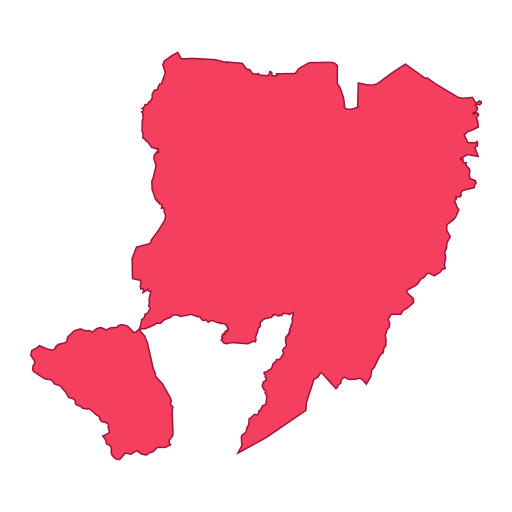 Lahat, Sumatera Selatan, Indonesia
{"feature_id": "22746128B84107388414918", "entity_name": "Lahat", "entity_type": "district", "adm_level": 2, "iso_a3": "IDN", "parent_name": "Indonesia", "parent_adm1": "Sumatera Selatan", "projection": "albers", "projection_center": [103.338, -3.877], "detail": "fine", "context": "isolated", "style": "filled", "palette": "rose", "viewbox_px": 512, "rotation_deg": 0, "n_neighbors": 0, "source": "geoboundaries", "source_scale": "gbopen_adm2", "svg_char_len": 6040}
<svg xmlns="http://www.w3.org/2000/svg" viewBox="0 0 512 512"><path d="M139.4,328.9L145.2,328.7L153.3,325.4L156.9,323.2L160.6,323.3L164.2,319.8L170.6,317.4L172.5,315.2L175.7,314.9L178.9,315.5L180.2,316.5L191.3,314.3L196.6,316.5L200.0,316.9L202.0,319.9L203.8,320.7L205.2,319.9L206.3,320.2L208.3,322.3L209.5,321.2L212.3,320.5L218.0,322.8L220.1,322.6L220.3,323.6L221.1,323.2L226.0,324.3L225.9,325.2L227.7,326.3L227.1,327.0L228.4,329.1L226.9,330.3L227.4,331.1L225.6,331.0L225.7,331.8L224.4,332.5L225.3,334.0L222.8,334.1L223.1,335.0L222.5,335.0L221.7,337.1L221.9,337.6L223.0,336.9L222.4,337.3L222.8,338.1L221.1,340.0L224.1,343.2L227.1,343.8L229.4,342.9L234.0,342.7L248.0,343.8L253.4,341.2L255.4,341.8L255.9,340.5L255.6,336.9L257.9,330.9L258.0,328.7L260.1,326.7L260.4,322.4L263.0,319.9L265.0,318.7L271.8,317.2L273.0,314.8L274.0,315.3L275.2,314.2L277.5,315.8L279.0,316.0L279.7,315.2L281.5,315.7L283.3,313.2L288.6,314.0L289.3,314.7L291.3,313.1L292.1,313.4L293.6,312.7L292.1,318.9L292.5,322.5L291.1,324.6L291.7,325.6L290.5,326.6L290.7,327.6L289.4,329.6L290.3,331.1L289.0,332.0L289.6,332.9L288.6,333.7L288.9,334.8L287.2,335.0L287.2,336.1L285.6,337.3L286.6,338.5L285.2,340.2L286.1,341.7L285.6,342.8L286.3,343.7L286.2,345.6L285.2,347.5L283.8,348.2L282.5,350.8L283.6,352.3L283.2,353.9L280.5,358.4L278.8,359.6L276.5,359.5L276.2,361.0L273.1,363.6L271.9,367.7L270.2,369.7L268.3,370.2L267.1,371.8L264.2,372.2L264.1,373.8L265.4,374.9L265.2,377.4L266.3,378.3L266.2,380.2L263.4,381.9L262.1,385.6L263.9,389.6L265.1,390.0L265.5,392.0L265.0,392.8L266.3,394.7L266.7,396.9L266.1,403.5L264.8,405.0L262.4,405.6L262.3,406.9L260.8,408.8L261.0,410.5L258.9,410.6L258.7,412.7L257.1,415.1L254.5,414.3L250.1,418.6L249.2,418.7L248.7,424.6L246.6,428.4L246.4,431.0L245.5,432.6L242.1,435.0L241.3,437.0L241.8,445.5L237.9,453.1L266.0,437.7L306.0,410.3L306.3,402.9L313.9,379.5L317.7,377.2L320.6,373.1L322.3,373.5L335.9,388.6L337.6,387.2L337.7,385.5L341.0,382.9L340.8,381.2L342.4,378.4L344.5,377.2L347.8,379.0L350.7,379.5L356.1,379.1L358.9,378.3L361.6,378.9L366.3,384.2L370.7,376.9L371.7,369.9L374.2,367.4L379.7,356.0L382.0,353.2L383.0,353.1L384.0,348.0L385.8,345.6L386.0,339.2L385.3,335.4L387.0,329.8L389.2,327.1L389.7,323.1L388.1,319.4L391.2,314.3L400.9,314.3L403.1,310.4L407.0,308.3L413.6,302.6L413.4,298.7L406.9,292.5L406.9,290.2L415.9,285.4L418.4,283.0L420.6,279.3L424.1,277.2L427.2,273.5L429.7,273.4L434.3,275.8L440.0,272.2L442.3,269.1L444.6,268.9L445.2,268.2L444.4,264.8L445.7,257.6L444.7,252.2L446.6,247.8L446.9,242.9L450.3,236.7L446.7,230.4L446.9,224.7L453.6,219.6L455.7,216.9L458.9,209.7L457.2,207.6L455.5,202.7L454.8,202.2L454.7,200.5L456.5,198.7L455.8,197.0L460.3,196.7L461.2,195.1L460.7,192.9L462.9,190.4L474.3,187.7L474.9,184.3L476.0,183.4L475.4,180.7L470.2,178.6L469.0,174.2L470.0,171.5L469.3,168.8L465.8,165.3L466.3,162.6L464.5,162.9L463.0,162.2L463.0,159.2L461.4,159.8L460.5,158.6L467.6,154.6L478.2,156.5L474.9,147.8L476.1,146.2L477.3,146.1L477.6,142.3L476.7,141.5L476.0,142.9L467.9,142.5L466.9,141.6L466.9,140.1L464.1,135.1L468.1,131.2L470.4,130.9L478.4,127.0L477.7,121.3L476.3,117.6L478.6,115.1L478.5,114.0L476.9,112.8L473.7,114.3L472.8,113.0L475.5,111.8L477.4,109.4L477.5,107.7L475.2,104.8L475.5,104.2L479.7,104.9L481.3,103.2L481.2,101.7L479.3,100.9L477.0,102.6L475.6,102.7L472.4,97.4L463.1,98.3L458.3,97.5L435.1,83.6L427.4,78.0L424.9,78.1L405.4,64.1L392.8,72.3L377.1,83.9L372.4,85.1L367.1,84.9L358.3,82.9L357.7,106.5L358.2,106.9L352.2,109.2L346.3,109.2L343.9,106.7L344.6,106.0L343.6,97.9L340.1,87.8L337.3,83.4L337.4,65.6L334.4,63.0L329.7,62.3L309.3,62.7L299.1,68.3L295.1,73.5L276.4,73.8L277.1,75.5L272.2,76.0L271.6,72.3L269.9,71.5L268.5,75.7L261.1,75.2L259.0,74.6L258.4,73.5L256.3,74.2L252.5,73.6L249.8,69.5L246.8,69.3L242.2,63.3L226.8,62.0L226.9,62.6L215.2,59.7L192.9,58.4L181.4,58.9L177.8,52.4L172.0,55.5L164.4,61.0L162.8,64.6L165.3,72.9L161.5,83.5L161.0,84.3L159.6,84.1L157.0,89.8L154.2,90.3L152.2,94.3L152.2,98.2L149.8,101.9L148.6,102.0L148.4,103.4L147.1,104.6L145.1,104.5L144.2,106.9L142.7,108.1L143.6,108.0L142.6,108.5L143.7,110.3L141.6,111.9L143.4,113.8L142.7,115.0L143.2,118.0L142.2,120.9L142.1,131.3L143.1,134.0L142.8,137.9L144.5,138.9L146.1,141.1L147.5,141.5L151.7,147.4L155.9,148.8L157.6,148.1L158.4,149.3L157.4,149.5L158.7,151.1L158.7,152.2L156.8,151.9L157.0,153.2L155.4,153.3L153.9,156.5L154.0,159.1L156.1,165.5L153.1,178.2L151.8,181.1L152.1,189.3L155.6,199.5L156.9,199.8L156.7,200.9L157.9,201.9L159.4,202.2L159.1,203.6L161.9,204.6L161.4,208.3L163.6,207.8L164.2,208.4L164.0,211.3L165.7,215.7L164.6,220.5L158.2,230.8L151.5,239.7L150.3,243.4L136.5,247.1L132.1,258.5L132.5,278.6L140.2,280.3L141.0,281.3L140.3,286.6L140.9,289.1L142.9,288.6L143.7,289.7L143.0,292.6L148.1,289.2L148.6,291.0L150.9,291.3L149.1,298.9L149.3,303.9L148.5,305.9L150.1,307.6L150.2,309.5L149.0,310.4L147.3,313.5L145.3,313.9L144.2,317.6L141.5,319.9L141.1,323.7L139.4,328.9ZM170.6,444.8L169.3,443.0L169.2,440.2L172.1,436.6L173.0,434.1L172.1,410.4L172.9,407.0L170.4,404.3L171.3,401.3L170.6,398.3L162.3,383.6L156.1,377.0L155.0,374.3L155.1,372.5L153.4,369.3L147.4,342.7L144.4,335.6L140.8,331.8L139.4,328.9L135.6,332.3L133.3,332.1L128.0,326.5L124.7,325.1L120.7,324.7L118.3,325.7L117.1,327.3L110.3,327.9L106.4,329.9L100.6,327.4L96.7,328.6L92.5,332.0L89.3,330.6L85.9,330.9L80.4,328.9L74.4,330.7L67.6,337.1L67.1,340.3L65.8,342.6L58.8,344.2L56.2,346.0L54.9,348.6L53.0,350.2L47.6,349.1L39.3,345.6L37.5,347.5L31.7,350.6L30.7,355.2L34.9,361.5L34.2,364.6L33.1,365.6L32.6,369.5L33.6,371.5L44.9,378.9L50.9,379.8L53.1,381.7L54.2,383.8L60.0,385.7L65.8,392.3L68.7,397.4L73.9,399.1L74.9,400.3L75.6,403.9L76.7,404.9L80.8,406.5L82.6,408.3L87.5,409.1L89.5,408.8L96.8,415.2L99.5,416.5L99.5,418.5L101.4,421.5L105.1,422.3L107.9,423.8L108.6,425.9L108.1,427.3L109.5,432.0L107.8,433.7L102.8,436.0L105.5,439.7L106.5,443.8L109.7,445.4L111.3,447.3L111.2,452.4L112.3,455.7L115.4,458.7L119.6,459.6L125.2,453.3L126.6,453.1L130.7,454.3L136.0,451.0L137.4,451.1L141.9,454.2L146.5,455.0L149.9,452.5L152.0,452.2L154.5,450.5L157.2,447.4L165.5,447.4L170.6,444.8Z" fill="#f43f5e" stroke="#9f1239" stroke-width="1.5"/></svg>